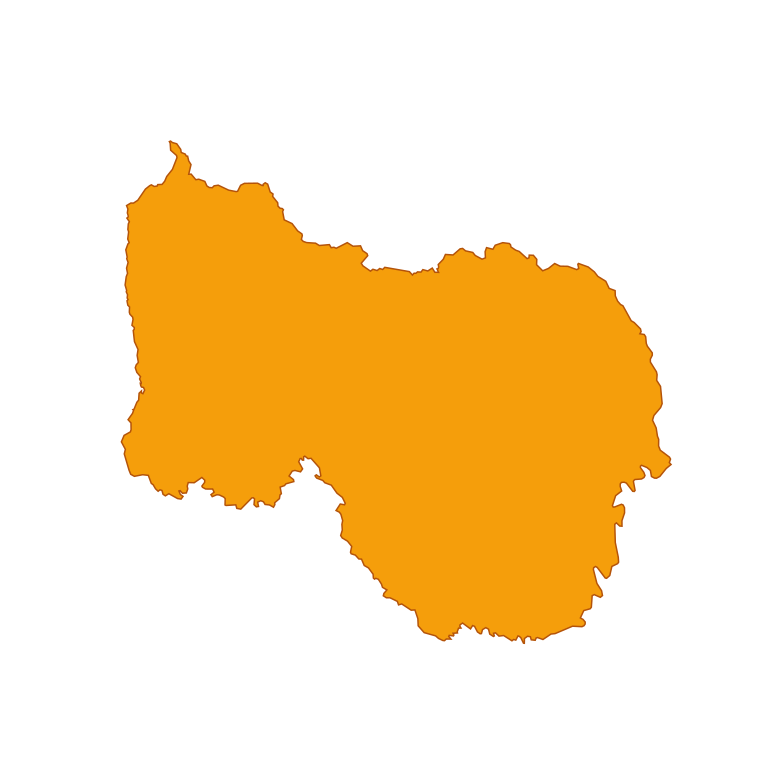 Tayateyaneng, Berea, Lesotho (Mercator projection), rotated 167°
{"feature_id": "5366337B60059477935755", "entity_name": "Tayateyaneng", "entity_type": "district", "adm_level": 2, "iso_a3": "LSO", "parent_name": "Lesotho", "parent_adm1": "Berea", "projection": "mercator", "projection_center": [27.766, -29.144], "detail": "fine", "context": "isolated", "style": "filled", "palette": "amber", "viewbox_px": 768, "rotation_deg": 167, "n_neighbors": 0, "source": "geoboundaries", "source_scale": "gbopen_adm2", "svg_char_len": 6169}
<svg xmlns="http://www.w3.org/2000/svg" viewBox="0 0 768 768"><g transform="rotate(167 384 384)"><path d="M634.4,415.5L633.9,414.7L635.6,412.0L641.4,406.8L639.3,403.0L640.7,396.4L641.9,394.4L648.8,392.4L652.9,386.7L650.7,378.5L652.8,374.3L651.8,357.3L651.1,353.0L648.0,350.2L639.6,349.9L634.2,348.0L633.1,339.5L631.6,337.8L630.2,333.3L628.2,330.3L626.1,331.3L624.3,330.2L624.1,326.2L622.2,324.2L618.3,325.5L610.9,318.8L607.6,317.5L605.1,319.7L607.3,322.2L607.9,325.9L606.7,326.0L604.9,322.9L601.1,322.3L598.8,325.9L598.7,328.8L596.9,332.0L591.1,330.5L582.5,333.9L580.3,330.6L580.9,328.5L584.4,325.5L584.1,324.2L581.4,321.8L574.6,320.2L573.9,316.8L577.5,315.1L576.7,312.9L571.8,313.7L569.4,312.9L565.7,310.0L564.5,308.1L566.1,301.9L565.3,301.2L555.6,299.6L555.4,295.9L551.7,294.3L538.5,302.7L537.0,302.6L536.0,301.2L537.8,295.7L536.0,293.0L533.8,292.9L533.7,297.3L530.3,298.0L527.9,296.3L527.0,293.4L522.8,291.9L519.4,288.8L517.5,291.0L517.2,292.9L511.7,295.8L510.3,299.3L508.7,300.2L508.4,306.9L503.8,307.4L502.0,308.8L493.8,309.2L493.7,311.2L497.2,315.7L493.0,319.8L490.2,319.8L485.1,317.2L482.4,319.6L484.6,327.4L482.5,330.2L481.3,330.0L480.7,328.2L479.5,327.9L478.6,331.2L477.4,331.5L474.8,328.3L471.8,328.0L465.8,316.9L466.2,308.7L468.0,308.0L470.3,310.7L471.7,310.2L471.7,309.4L470.7,307.4L465.3,303.8L463.9,301.1L458.1,297.3L454.4,288.2L450.1,282.9L448.6,276.5L449.6,275.2L453.6,276.9L459.2,271.5L456.3,269.1L455.3,266.7L455.0,260.2L456.6,256.7L457.5,251.0L460.3,246.1L459.3,243.3L454.9,239.1L452.0,233.0L454.5,227.6L454.2,226.0L450.4,223.7L447.9,219.2L445.3,218.4L444.1,211.6L440.5,208.3L437.4,201.1L438.0,197.3L437.1,196.0L435.7,196.5L433.4,195.0L431.5,189.6L431.2,186.2L427.5,182.7L431.2,180.0L432.3,177.8L429.8,175.2L426.2,174.3L419.9,169.2L419.5,165.5L416.2,165.7L408.4,157.5L404.7,156.9L403.8,147.7L405.1,140.7L400.8,132.7L390.4,127.0L388.1,123.8L384.3,120.8L382.8,120.3L380.7,121.5L376.2,120.4L377.7,123.4L377.0,124.4L373.0,122.9L372.4,123.6L372.8,125.6L368.4,124.9L368.4,126.1L366.3,129.3L363.9,128.9L364.6,131.1L364.0,132.3L361.2,133.4L354.8,125.9L352.0,128.7L350.3,127.5L348.7,121.4L346.5,119.0L345.2,118.9L343.3,122.5L339.6,123.7L337.3,121.6L337.2,116.5L334.2,113.4L333.2,113.7L333.4,116.5L331.3,116.4L328.7,112.5L324.0,112.0L317.1,105.0L315.1,105.9L313.2,104.8L310.1,108.4L309.2,107.9L307.8,106.2L306.4,100.1L305.6,99.8L304.4,104.4L300.9,105.9L298.2,104.8L298.1,101.6L294.3,100.3L292.9,102.3L291.4,102.4L286.6,99.3L277.5,102.8L273.4,102.3L254.8,105.6L245.7,103.0L243.5,103.5L242.0,104.9L241.5,106.8L243.0,109.8L245.3,111.9L240.3,118.3L233.7,118.6L232.2,119.8L228.8,130.9L226.6,131.5L221.2,127.5L218.7,128.7L218.5,133.6L221.4,141.8L221.7,156.2L221.0,157.9L218.9,158.6L217.5,157.3L212.1,145.2L210.8,144.6L207.1,146.6L203.0,155.0L196.8,156.4L195.5,157.6L194.7,162.5L194.3,177.5L190.7,195.4L188.8,196.4L186.3,192.6L184.1,191.9L182.9,197.3L178.6,204.3L177.5,209.3L178.2,212.3L179.7,213.4L186.8,212.3L188.3,212.5L188.8,214.1L183.4,223.1L176.5,226.3L176.9,231.1L176.3,233.5L174.8,234.7L172.1,234.3L170.1,232.9L165.8,223.5L164.3,223.0L163.3,223.8L162.9,232.9L162.3,233.8L161.0,234.5L154.4,233.5L151.7,234.4L150.3,236.1L150.7,239.5L153.0,244.9L152.6,246.3L151.4,246.9L146.6,243.5L143.9,239.9L144.2,233.7L141.7,231.5L139.7,230.9L136.0,231.9L128.0,238.2L122.4,241.0L123.7,243.2L121.7,246.4L122.3,248.5L129.7,257.3L130.4,261.8L128.8,268.3L129.3,271.6L128.7,280.0L130.5,288.3L128.1,292.6L119.8,298.8L117.4,302.3L115.1,319.5L117.5,326.2L115.8,331.6L115.8,334.6L119.5,345.4L118.9,348.3L116.1,351.7L115.6,354.0L118.9,361.6L119.3,364.6L118.4,371.2L119.3,373.7L123.4,375.4L121.7,377.2L121.7,380.0L126.4,387.6L128.9,390.0L133.6,406.5L135.6,408.2L137.7,412.1L138.8,417.8L137.8,423.0L143.1,426.5L144.8,434.2L151.4,440.7L153.8,445.9L158.7,452.1L167.4,457.7L168.2,457.1L168.3,452.7L170.5,452.1L178.4,457.3L185.9,459.2L190.6,463.0L197.8,459.6L203.9,458.6L208.5,465.9L207.1,471.1L209.5,475.8L213.5,476.9L214.4,474.3L216.4,474.0L222.4,482.7L225.6,484.8L229.5,489.0L229.4,491.2L230.3,492.7L236.5,495.0L244.4,494.2L247.6,490.8L253.4,493.8L255.7,490.2L256.8,484.1L260.4,483.6L266.2,488.7L267.9,492.2L274.6,495.4L276.9,498.4L279.4,498.6L287.7,494.2L295.0,496.4L298.2,492.2L304.3,488.2L304.4,485.7L305.3,484.2L306.5,484.2L305.7,480.5L309.3,481.4L310.9,486.1L315.9,484.3L320.4,486.7L322.8,484.7L326.1,485.7L328.0,484.7L329.8,485.2L331.8,483.8L334.0,487.8L357.0,497.5L359.5,495.9L362.2,497.5L365.2,496.1L369.0,498.3L371.8,497.0L378.0,503.9L379.0,506.8L371.0,512.7L371.2,514.8L374.8,518.7L375.8,523.9L383.2,525.2L388.0,530.0L400.1,527.0L402.0,528.5L404.8,528.7L405.9,532.1L415.9,533.5L419.0,536.6L427.6,539.2L430.6,541.1L432.0,543.4L430.2,547.0L430.2,548.7L433.7,552.6L437.5,561.0L444.3,566.4L444.0,574.8L442.8,576.4L443.6,577.8L445.8,578.7L447.3,581.2L446.8,584.5L450.3,591.8L449.4,594.1L451.7,596.7L452.4,604.9L454.5,606.8L456.9,605.7L457.1,604.6L458.1,604.8L462.0,608.1L474.9,610.9L479.0,609.9L483.3,604.7L484.7,604.7L491.7,607.8L500.8,615.0L505.0,615.3L507.2,613.9L510.1,614.8L512.0,616.8L513.0,621.7L518.4,625.2L521.4,625.4L524.7,631.9L527.1,632.3L522.7,641.2L524.1,645.3L524.1,650.2L525.3,650.5L526.0,652.8L529.5,655.2L529.3,658.3L531.9,664.7L535.9,666.9L537.3,668.7L538.6,668.5L538.2,666.7L539.3,659.8L534.7,653.3L534.8,651.1L541.9,640.7L549.0,635.1L552.0,631.0L555.3,628.4L559.6,629.2L560.6,627.9L563.5,628.2L565.9,630.4L567.8,629.9L572.6,627.6L582.6,618.4L587.5,616.6L589.9,617.3L594.7,615.8L594.2,612.1L595.6,608.4L595.4,605.5L595.6,604.4L597.2,603.5L595.6,599.4L597.1,597.6L598.8,592.2L598.6,589.7L601.1,582.9L600.5,579.0L602.0,578.1L605.4,572.8L605.7,565.4L606.5,564.0L606.0,560.0L608.8,554.8L609.0,549.5L611.0,546.6L614.0,538.7L613.7,533.1L614.4,531.8L613.8,528.7L614.9,525.6L614.4,523.8L615.7,522.9L615.9,518.4L614.6,516.3L616.0,511.2L615.9,509.2L613.9,505.7L614.0,503.4L616.4,497.9L614.6,495.2L615.1,493.4L616.3,492.6L617.6,481.4L615.9,472.9L618.1,467.4L618.5,460.3L621.1,458.4L622.7,455.8L622.2,450.9L619.6,445.9L621.0,443.9L620.2,440.1L620.5,439.1L621.3,439.5L621.4,437.1L621.0,435.6L619.1,434.7L618.6,431.9L621.1,428.8L622.4,429.9L621.9,431.8L624.7,430.1L626.7,423.5L628.9,421.8L633.2,415.7L634.4,415.5Z" fill="#f59e0b" stroke="#b45309" stroke-width="1.5"/></g></svg>